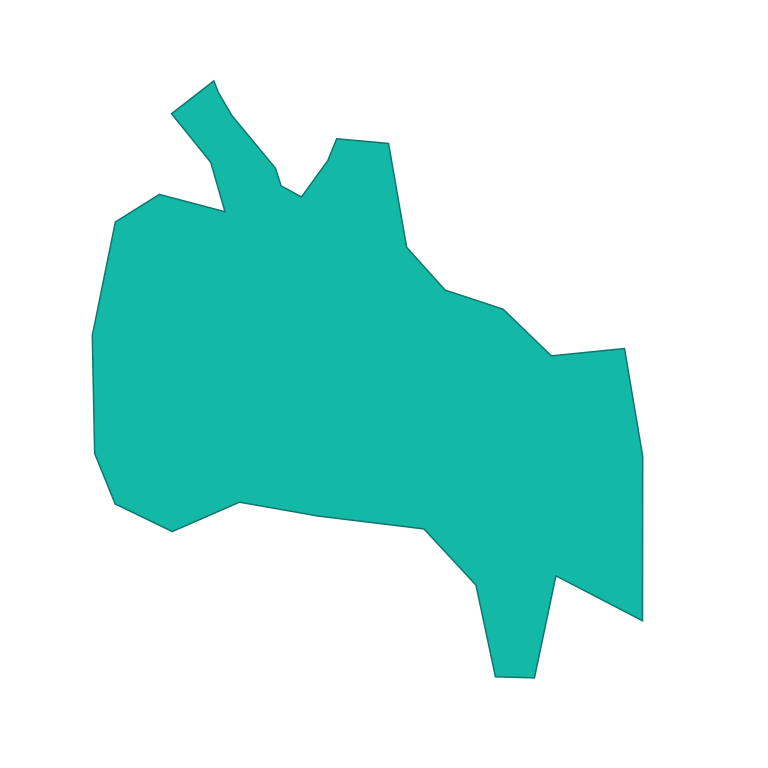 outline of Varkavas, rotated 190°
{"feature_id": "LVA-5751", "entity_name": "Varkavas", "entity_type": "Municipality", "adm_level": 1, "iso_a3": "LVA", "parent_name": "Latvia", "parent_adm1": "", "projection": "albers", "projection_center": [26.518, 56.217], "detail": "fine", "context": "isolated", "style": "filled", "palette": "teal", "viewbox_px": 768, "rotation_deg": 190, "n_neighbors": 0, "source": "natural_earth", "source_scale": "10m", "svg_char_len": 566}
<svg xmlns="http://www.w3.org/2000/svg" viewBox="0 0 768 768"><g transform="rotate(190 384 384)"><path d="M421.3,621.7L385.4,522.5L340.1,487.1L279.6,478.3L224.1,440.8L153.3,460.7L116.7,357.8L88.3,195.7L181.4,224.9L184.8,120.7L223.4,115.0L258.5,201.9L319.5,248.2L425.5,242.5L505.9,242.5L566.9,201.9L627.9,219.2L656.9,265.4L679.7,381.1L676.7,496.9L638.2,531.7L570.5,526.0L593.1,572.2L640.2,613.3L604.2,653.0L597.7,642.3L580.5,622.0L528.4,577.7L519.7,561.2L497.7,553.9L478.1,594.4L473.2,617.3L421.3,621.7Z" fill="#14b8a6" stroke="#0f766e" stroke-width="1.5"/></g></svg>